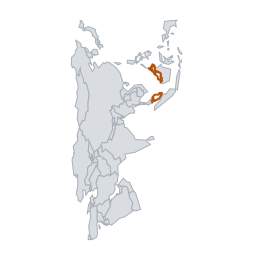 location of Malaysia within Asia, rotated 267°
{"feature_id": "MYS", "entity_name": "Malaysia", "entity_type": "country or territory", "adm_level": 0, "iso_a3": "MYS", "parent_name": "Asia", "parent_adm1": "", "projection": "albers", "projection_center": [110.864, 4.107], "detail": "fine", "context": "in_parent", "style": "outline", "palette": "amber", "viewbox_px": 256, "rotation_deg": 267, "n_neighbors": 45, "source": "natural_earth", "source_scale": "50m", "svg_char_len": 16507}
<svg xmlns="http://www.w3.org/2000/svg" viewBox="0 0 256 256"><g transform="rotate(267 128 128)"><path d="M131.2,79.6L128.2,80.5L127.1,82.5L123.5,81.9L122.1,84.4L117.5,85.1L119.0,87.7L117.9,88.9L106.8,87.0L105.4,88.1L101.2,87.6L96.4,90.4L92.9,89.5L91.9,86.7L89.8,85.5L84.5,85.5L78.2,82.1L73.4,82.6L73.1,88.0L69.8,86.3L66.8,86.9L66.9,85.4L63.1,82.4L68.2,81.9L68.4,79.6L61.1,79.7L56.5,76.6L58.7,74.0L60.5,74.9L64.7,72.9L73.6,74.9L83.8,75.3L84.3,74.8L81.4,73.7L84.7,72.6L83.4,71.7L84.3,71.4L98.2,70.5L101.5,70.9L102.0,72.2L106.2,72.5L106.0,73.2L112.4,72.2L117.9,77.0L124.0,76.9L131.2,79.6Z" fill="#d9dde1" stroke="#a8b0b8" stroke-width="1"/><path d="M73.1,88.0L73.4,82.6L78.2,82.1L84.5,85.5L89.8,85.5L91.9,86.7L92.9,89.5L95.7,90.4L100.8,88.2L99.7,89.3L104.5,90.5L102.1,91.5L99.9,91.3L100.1,90.2L97.6,90.4L96.1,92.2L94.6,92.0L95.7,94.3L94.6,95.9L78.2,86.2L75.2,88.2L73.1,88.0Z" fill="#d9dde1" stroke="#a8b0b8" stroke-width="1"/><path d="M232.6,170.1L233.1,182.5L231.3,181.0L226.4,181.4L228.3,179.2L226.8,175.6L218.4,172.3L217.1,173.5L215.1,171.1L218.4,169.8L215.5,169.9L212.2,167.5L218.9,167.0L219.8,170.8L221.9,171.9L225.6,168.6L232.6,170.1ZM201.7,182.9L200.7,185.3L198.8,185.5L199.8,183.7L201.7,182.9ZM219.6,178.7L219.4,177.3L220.1,175.9L220.6,177.4L219.6,178.7ZM187.6,158.1L186.5,159.9L189.8,164.4L187.5,164.6L184.4,173.8L172.9,171.8L170.4,165.4L171.8,162.3L173.4,164.7L179.8,163.8L181.4,163.4L183.7,157.8L187.6,158.1ZM207.2,172.3L212.2,171.7L212.9,173.1L207.2,172.3ZM205.2,173.1L203.9,172.8L203.5,172.0L205.4,171.9L205.2,173.1ZM207.0,161.6L208.5,163.6L207.5,167.6L206.0,163.9L207.0,161.6ZM193.5,163.5L201.9,163.2L198.9,165.5L192.1,165.6L191.9,167.1L193.6,168.8L198.2,167.2L194.7,169.7L198.0,176.2L196.2,176.2L197.2,174.6L194.8,174.8L193.7,171.1L192.4,171.7L192.7,176.7L191.5,177.0L189.4,171.5L191.4,165.8L193.5,163.5ZM193.5,185.1L190.0,184.3L191.8,183.9L193.5,185.1ZM191.8,182.9L195.9,182.2L197.6,181.5L197.3,182.5L191.8,182.9ZM187.8,181.6L190.3,182.7L185.6,183.4L187.8,181.6ZM164.7,177.4L177.5,179.5L183.6,182.1L181.3,182.9L163.4,179.3L164.7,177.4ZM159.7,167.5L164.9,172.0L164.3,177.4L162.1,177.4L158.0,174.2L144.2,155.3L148.4,155.8L154.4,162.0L158.0,163.4L160.5,165.9L159.7,167.5Z" fill="#d9dde1" stroke="#a8b0b8" stroke-width="1"/><path d="M201.9,183.8L203.6,182.0L206.3,181.9L201.9,183.8Z" fill="#d9dde1" stroke="#a8b0b8" stroke-width="1"/><path d="M35.0,97.9L33.2,100.1L32.7,104.1L31.8,101.1L33.6,98.1L35.0,97.9Z" fill="#d9dde1" stroke="#a8b0b8" stroke-width="1"/><path d="M36.6,96.5L33.7,98.0L36.3,95.8L36.6,96.5Z" fill="#d9dde1" stroke="#a8b0b8" stroke-width="1"/><path d="M34.3,99.3L33.0,100.9L33.7,99.0L34.3,99.3Z" fill="#d9dde1" stroke="#a8b0b8" stroke-width="1"/><path d="M34.3,99.3L40.5,98.2L41.1,100.3L36.9,101.0L38.6,102.9L34.8,104.8L32.7,104.1L34.3,99.3Z" fill="#d9dde1" stroke="#a8b0b8" stroke-width="1"/><path d="M63.0,116.0L67.5,116.6L71.9,114.0L69.2,119.7L63.6,118.4L63.0,116.0Z" fill="#d9dde1" stroke="#a8b0b8" stroke-width="1"/><path d="M61.6,115.0L61.6,113.7L62.7,112.7L63.2,114.3L61.6,115.0Z" fill="#d9dde1" stroke="#a8b0b8" stroke-width="1"/><path d="M55.8,105.2L57.7,107.9L54.3,106.7L55.8,105.2Z" fill="#d9dde1" stroke="#a8b0b8" stroke-width="1"/><path d="M41.1,100.3L40.5,98.2L44.7,96.8L45.5,93.7L48.4,92.3L52.1,92.9L54.3,95.6L52.8,98.3L56.2,101.1L58.1,105.6L50.8,106.3L41.1,100.3Z" fill="#d9dde1" stroke="#a8b0b8" stroke-width="1"/><path d="M69.6,119.3L72.1,115.5L78.1,120.6L74.2,124.2L73.8,126.6L64.8,130.3L63.0,125.7L68.8,124.3L70.3,120.7L69.6,119.3ZM72.4,113.0L71.6,113.4L72.2,112.8L72.4,113.0Z" fill="#d9dde1" stroke="#a8b0b8" stroke-width="1"/><path d="M158.3,142.6L159.1,138.7L164.9,139.4L165.8,138.1L167.9,140.1L167.7,142.4L164.5,143.9L165.3,145.0L160.0,145.6L158.3,142.6Z" fill="#d9dde1" stroke="#a8b0b8" stroke-width="1"/><path d="M163.4,138.7L159.1,138.7L158.3,142.6L153.6,140.2L151.9,148.2L157.4,154.1L155.5,155.1L149.8,149.9L152.6,143.1L150.1,136.9L151.4,134.9L148.6,130.6L150.3,128.3L153.8,127.0L156.0,128.8L155.6,132.5L159.6,131.0L162.5,132.7L164.1,136.2L163.4,138.7Z" fill="#d9dde1" stroke="#a8b0b8" stroke-width="1"/><path d="M167.5,138.8L163.4,138.7L164.1,136.2L161.0,131.2L155.6,132.5L156.0,128.8L153.8,127.0L157.0,125.7L156.8,123.6L159.7,126.5L162.0,126.5L162.7,128.1L161.0,129.3L167.4,135.6L167.5,138.8Z" fill="#d9dde1" stroke="#a8b0b8" stroke-width="1"/><path d="M153.8,127.0L150.3,128.3L148.6,130.6L151.4,134.9L150.1,136.9L152.6,143.1L150.6,146.8L150.6,140.7L148.2,133.5L144.7,135.7L142.5,135.0L142.8,131.0L139.2,124.8L144.7,115.7L148.4,114.9L148.8,112.8L151.3,114.2L149.2,120.6L151.2,120.3L152.8,122.4L152.2,123.9L155.8,124.4L153.8,127.0Z" fill="#d9dde1" stroke="#a8b0b8" stroke-width="1"/><path d="M161.6,145.9L165.3,145.0L164.5,143.9L167.7,142.4L167.8,136.9L161.0,129.3L162.7,128.1L162.0,126.5L159.7,126.5L157.8,123.3L163.7,121.8L168.8,125.1L164.3,129.7L170.3,136.8L170.9,143.7L163.2,149.5L161.6,145.9Z" fill="#d9dde1" stroke="#a8b0b8" stroke-width="1"/><path d="M210.5,89.4L208.8,91.8L204.8,93.6L206.1,95.7L199.7,96.3L200.9,94.2L198.8,93.4L200.3,92.4L203.5,90.4L206.0,90.9L205.7,90.1L209.2,88.6L210.5,89.4Z" fill="#d9dde1" stroke="#a8b0b8" stroke-width="1"/><path d="M202.4,96.8L206.4,95.3L208.5,98.2L207.9,101.0L203.1,102.2L202.3,98.4L203.7,98.1L202.4,96.8Z" fill="#d9dde1" stroke="#a8b0b8" stroke-width="1"/><path d="M131.9,79.5L140.1,77.7L149.3,79.3L152.2,76.4L161.0,79.0L166.8,78.8L169.7,80.1L173.7,80.3L180.5,78.8L184.7,79.3L183.0,82.2L187.3,81.7L190.4,83.1L178.9,86.3L176.0,85.9L175.0,86.8L175.9,87.9L173.3,89.2L163.2,91.0L155.7,89.4L147.4,89.1L145.6,86.9L137.6,85.2L137.7,82.9L131.9,79.5Z" fill="#d9dde1" stroke="#a8b0b8" stroke-width="1"/><path d="M148.8,112.8L148.4,114.9L144.7,115.7L139.9,123.8L139.0,120.9L138.1,122.0L137.1,121.1L139.4,118.4L134.9,117.8L132.4,115.6L131.7,116.8L133.0,117.8L131.4,119.1L132.5,119.6L132.7,124.3L129.1,124.5L128.2,127.0L119.8,133.4L116.2,134.5L114.9,145.1L110.3,149.5L103.4,133.8L102.1,123.7L98.0,124.4L94.0,119.0L99.4,118.1L96.8,113.3L99.0,111.6L101.1,111.8L107.9,104.6L105.3,101.0L111.1,100.7L113.0,99.4L114.9,101.5L114.4,106.2L118.7,108.6L116.7,111.0L122.6,113.7L131.4,115.7L132.8,112.7L132.9,114.5L134.6,115.2L138.9,115.1L138.3,113.4L146.6,110.7L146.8,112.5L148.8,112.8Z" fill="#d9dde1" stroke="#a8b0b8" stroke-width="1"/><path d="M139.0,120.9L139.3,126.3L137.6,122.4L135.8,122.3L135.4,124.1L133.0,123.6L131.4,119.1L133.0,117.8L131.7,116.8L132.4,115.6L134.9,117.8L139.4,118.4L137.1,121.1L138.1,122.0L139.0,120.9Z" fill="#d9dde1" stroke="#a8b0b8" stroke-width="1"/><path d="M138.3,113.4L138.9,115.1L132.9,114.5L135.2,112.4L138.3,113.4Z" fill="#d9dde1" stroke="#a8b0b8" stroke-width="1"/><path d="M131.6,113.1L131.4,115.7L129.9,115.6L116.7,111.0L119.5,108.2L127.3,112.4L131.6,113.1Z" fill="#d9dde1" stroke="#a8b0b8" stroke-width="1"/><path d="M113.0,99.4L111.1,100.7L105.3,101.0L107.9,104.6L101.1,111.8L99.0,111.6L96.8,113.3L99.4,118.1L94.0,119.0L90.8,115.7L81.6,115.8L82.5,113.8L85.2,113.0L81.0,107.4L84.1,108.4L91.2,107.9L92.4,105.5L96.9,104.7L102.0,97.3L108.1,96.6L109.9,98.7L113.0,99.4Z" fill="#d9dde1" stroke="#a8b0b8" stroke-width="1"/><path d="M88.9,95.6L97.1,96.0L100.2,94.0L102.0,96.9L104.6,95.8L108.1,96.6L100.8,97.9L101.4,99.5L100.0,101.3L98.2,101.2L98.9,102.3L96.9,104.7L92.4,105.5L91.2,107.9L84.1,108.4L81.0,107.4L82.8,105.9L80.7,101.9L82.2,97.6L85.5,98.2L88.9,95.6Z" fill="#d9dde1" stroke="#a8b0b8" stroke-width="1"/><path d="M94.6,95.9L95.7,94.3L94.6,92.0L100.1,90.2L100.7,91.3L97.8,92.3L105.5,92.8L107.8,96.1L102.0,96.9L100.2,94.0L97.1,96.0L94.6,95.9Z" fill="#d9dde1" stroke="#a8b0b8" stroke-width="1"/><path d="M100.8,88.2L105.4,88.1L106.8,87.0L117.9,88.9L105.5,92.8L97.8,92.3L98.0,91.4L104.5,90.5L99.7,89.3L100.8,88.2Z" fill="#d9dde1" stroke="#a8b0b8" stroke-width="1"/><path d="M66.8,86.9L69.8,86.3L72.2,88.1L75.2,88.2L78.2,86.2L92.3,94.4L92.2,95.4L90.8,94.8L84.1,98.3L82.2,97.6L82.1,96.2L75.3,93.3L68.9,94.2L69.1,91.4L67.0,89.6L67.5,88.3L70.8,88.4L69.1,86.5L67.3,87.9L66.8,86.9Z" fill="#d9dde1" stroke="#a8b0b8" stroke-width="1"/><path d="M58.1,105.6L56.2,101.1L52.8,98.3L54.3,95.6L51.2,91.6L51.1,89.3L54.8,90.7L58.4,89.6L60.3,92.9L63.2,94.3L68.7,94.6L74.0,93.1L82.1,96.2L80.7,101.9L82.8,105.9L81.0,107.4L85.2,113.0L82.5,113.8L81.6,115.8L74.0,114.1L73.4,111.9L66.9,111.7L63.3,109.6L61.0,105.4L58.1,105.6Z" fill="#d9dde1" stroke="#a8b0b8" stroke-width="1"/><path d="M34.7,98.8L36.6,96.5L35.5,94.3L37.2,92.2L47.6,92.5L45.5,93.7L44.7,96.8L36.7,99.6L34.7,98.8Z" fill="#d9dde1" stroke="#a8b0b8" stroke-width="1"/><path d="M55.5,90.7L50.4,87.9L50.4,86.6L54.0,87.4L55.5,90.7Z" fill="#d9dde1" stroke="#a8b0b8" stroke-width="1"/><path d="M52.1,92.9L37.2,92.2L36.0,93.7L36.1,92.4L33.5,91.9L24.2,92.0L20.5,90.8L18.2,86.1L24.1,84.0L32.1,83.6L40.8,86.0L48.7,85.7L52.4,88.9L51.1,89.3L52.1,92.9ZM18.5,82.5L22.0,82.6L23.7,83.8L18.7,85.1L18.5,82.5Z" fill="#d9dde1" stroke="#a8b0b8" stroke-width="1"/><path d="M118.4,150.6L118.1,152.6L115.5,153.5L114.5,149.2L115.4,146.1L118.4,150.6Z" fill="#d9dde1" stroke="#a8b0b8" stroke-width="1"/><path d="M171.5,131.3L169.9,129.1L174.0,127.8L173.1,130.4L171.5,131.3ZM105.5,92.8L119.0,87.7L117.5,85.1L122.1,84.4L123.5,81.9L127.1,82.5L128.2,80.5L131.9,79.5L137.7,82.9L137.6,85.2L145.6,86.9L147.4,89.1L155.7,89.4L163.2,91.0L171.1,89.7L175.9,87.9L175.0,86.8L176.0,85.9L178.9,86.3L186.1,83.6L190.2,83.6L187.3,81.7L182.6,81.6L184.7,79.3L189.5,78.9L192.1,76.5L191.1,75.6L194.8,74.7L201.6,75.4L204.8,79.2L207.9,79.5L210.9,81.7L218.3,80.5L214.9,85.3L211.1,85.6L210.5,89.4L209.2,88.6L205.7,90.1L206.0,90.9L203.5,90.4L198.8,93.4L192.9,95.1L194.9,92.7L193.9,91.9L186.4,95.4L190.4,97.9L192.5,96.7L195.3,97.4L195.7,98.2L189.5,101.6L194.6,106.9L193.5,108.7L195.0,110.1L194.3,112.9L188.7,119.5L183.6,122.8L174.0,125.4L173.3,127.3L172.3,127.4L172.2,125.4L166.9,124.6L166.3,122.8L163.7,121.8L156.8,123.6L157.0,125.7L152.2,123.9L152.8,122.4L151.2,120.3L149.2,120.6L151.3,114.2L149.9,112.7L146.8,112.5L146.6,110.7L139.8,113.2L135.2,112.4L132.9,114.1L132.8,112.7L127.3,112.4L114.4,106.2L114.9,101.5L109.9,98.7L105.5,92.8Z" fill="#d9dde1" stroke="#a8b0b8" stroke-width="1"/><path d="M194.0,118.1L193.5,122.7L192.7,124.2L191.5,121.3L194.0,118.1Z" fill="#d9dde1" stroke="#a8b0b8" stroke-width="1"/><path d="M55.7,85.9L58.2,87.2L59.7,86.3L62.8,88.9L61.3,88.9L59.8,91.7L58.4,89.6L55.5,90.7L54.0,88.8L53.0,86.6L55.7,87.1L55.7,85.9ZM54.8,90.7L53.6,90.3L52.4,88.9L54.1,89.5L54.8,90.7Z" fill="#d9dde1" stroke="#a8b0b8" stroke-width="1"/><path d="M44.0,82.6L54.0,84.8L56.0,87.0L46.7,85.6L46.7,84.0L44.0,82.6Z" fill="#d9dde1" stroke="#a8b0b8" stroke-width="1"/><path d="M193.9,142.5L192.1,140.1L194.4,140.9L193.9,142.5ZM197.3,148.6L197.2,145.0L197.9,146.2L199.3,144.3L197.3,148.6ZM201.9,147.1L204.1,152.0L203.5,153.8L202.8,151.8L201.9,152.8L202.0,155.2L199.7,154.1L198.5,150.9L195.3,152.1L198.2,149.2L202.0,148.6L201.9,147.1ZM190.9,145.7L186.2,150.0L190.6,144.2L190.9,145.7ZM195.8,131.1L194.7,138.5L199.0,139.5L199.3,141.8L197.0,139.9L192.7,139.4L193.3,138.1L191.3,136.5L192.7,130.6L195.8,131.1ZM195.4,145.9L195.1,143.1L197.5,143.7L195.4,145.9ZM202.0,142.5L202.6,144.6L201.1,144.1L200.7,146.4L199.6,141.8L202.0,142.5Z" fill="#d9dde1" stroke="#a8b0b8" stroke-width="1"/><path d="M182.9,155.6L182.7,157.8L181.4,158.4L180.5,157.4L182.9,155.6Z" fill="#d9dde1" stroke="#a8b0b8" stroke-width="1"/><path d="M231.3,93.7L228.5,100.3L222.9,101.4L220.4,103.3L219.0,101.5L211.4,102.9L213.3,104.1L212.2,107.0L210.1,107.1L210.5,105.5L208.5,103.9L214.4,100.3L220.0,99.9L221.9,97.0L223.1,97.7L226.8,95.4L228.3,90.7L230.2,90.3L231.3,93.7ZM236.0,86.2L237.3,85.6L237.8,87.2L233.5,89.3L230.6,88.4L229.7,90.0L227.6,90.1L227.3,88.7L230.1,87.3L231.1,84.2L236.0,86.2ZM214.0,103.5L216.8,101.9L218.4,102.8L215.2,104.8L214.0,103.5Z" fill="#d9dde1" stroke="#a8b0b8" stroke-width="1"/><path d="M63.0,125.7L64.8,130.3L62.9,132.1L46.0,136.4L44.8,131.4L46.6,127.1L53.3,128.8L57.6,126.0L63.0,125.7Z" fill="#d9dde1" stroke="#a8b0b8" stroke-width="1"/><path d="M32.8,104.4L37.6,103.7L38.6,102.9L36.9,101.0L41.1,100.3L50.8,106.3L55.9,107.0L60.6,111.5L63.6,118.4L69.6,119.3L70.3,120.7L68.8,124.3L57.6,126.0L53.3,128.8L46.6,127.1L45.3,129.3L39.2,119.5L38.4,115.0L31.9,106.6L32.8,104.4Z" fill="#d9dde1" stroke="#a8b0b8" stroke-width="1"/><path d="M33.1,93.7L29.9,95.2L28.7,94.2L33.1,93.7Z" fill="#d9dde1" stroke="#a8b0b8" stroke-width="1"/><path d="M187.0,158.1L186.9,158.1L186.4,157.8L186.1,157.8L185.6,157.8L185.3,157.7L185.2,157.8L185.0,157.7L184.8,157.8L184.7,157.8L184.6,157.7L184.4,157.7L184.2,157.7L184.0,157.9L183.8,157.8L183.7,157.8L183.4,158.1L183.3,158.3L183.2,158.5L183.1,158.9L183.1,159.1L183.2,159.4L183.2,159.5L183.0,160.0L182.9,160.3L182.7,160.4L182.4,160.4L182.3,160.6L182.2,160.7L182.2,160.8L182.3,160.8L182.2,160.9L182.2,161.1L182.3,161.1L182.4,161.3L182.2,161.4L182.0,161.6L181.8,161.8L181.7,161.8L181.6,162.0L181.7,162.3L181.8,162.3L181.7,162.5L181.4,162.9L181.4,163.0L181.2,163.3L180.9,163.3L180.7,163.3L180.4,163.4L180.2,163.4L179.8,163.5L179.7,163.6L179.4,163.8L179.2,163.6L178.9,163.6L178.4,163.4L178.2,163.4L178.2,163.2L177.2,163.2L177.0,163.3L176.8,163.3L176.7,163.4L176.6,163.6L176.5,163.8L176.4,164.0L176.1,164.0L175.9,164.2L175.9,164.3L175.7,164.2L175.4,164.3L174.9,164.2L174.6,164.2L174.2,164.2L173.6,164.5L173.4,164.5L173.2,164.4L172.7,163.9L172.4,163.7L172.2,163.5L172.1,163.4L171.9,163.2L171.7,162.7L171.7,162.3L171.8,162.5L172.2,162.8L172.4,162.9L172.7,162.9L172.9,162.9L173.0,162.9L173.7,163.2L173.9,163.2L174.2,163.2L174.2,163.3L174.6,163.5L174.8,163.5L174.5,163.3L174.4,163.2L174.5,163.0L174.6,162.9L174.7,162.5L174.7,162.3L174.8,162.2L174.8,161.9L174.7,161.7L174.8,161.6L175.0,161.6L175.2,161.4L175.2,161.1L175.4,160.9L175.6,160.7L175.8,160.7L176.5,160.6L177.7,160.2L178.1,160.1L178.3,160.0L178.5,159.7L178.8,159.3L179.1,159.0L179.6,158.4L180.0,158.0L180.0,157.9L180.1,157.6L180.1,157.4L180.3,157.3L180.5,157.4L180.6,157.5L180.7,157.8L180.8,157.9L181.0,158.0L181.2,158.3L181.3,158.4L181.5,158.3L181.6,158.1L181.7,157.9L181.7,157.7L181.6,157.2L181.8,156.9L182.1,156.7L182.1,157.1L182.2,157.3L182.3,157.7L182.5,157.8L182.7,157.7L182.6,157.2L182.4,156.8L182.3,156.7L182.8,156.6L183.0,156.4L183.2,156.1L182.9,156.0L182.9,155.9L182.9,155.7L183.1,155.4L183.4,155.5L183.5,155.5L183.7,155.3L183.8,155.1L184.1,154.8L184.2,154.6L184.2,154.3L184.9,153.6L185.0,153.4L185.4,152.7L185.5,152.7L185.6,153.0L185.5,153.4L185.9,153.0L186.0,152.8L186.1,152.7L186.3,152.7L186.3,152.8L186.4,153.0L186.6,153.4L186.8,153.4L187.0,153.6L187.2,153.9L187.2,154.0L187.1,154.4L187.1,154.5L186.8,154.8L187.4,154.7L187.6,154.6L187.8,154.4L187.9,154.6L188.0,154.8L187.9,154.9L187.7,154.9L187.7,155.0L187.8,155.1L188.1,155.0L188.3,154.9L188.5,154.9L188.7,155.0L188.8,155.0L188.9,155.3L189.2,155.4L189.6,155.6L189.8,155.6L190.1,155.6L190.2,155.8L190.2,156.0L190.0,156.3L189.6,156.4L189.1,156.5L188.9,156.5L188.5,156.4L188.4,156.4L188.3,156.5L188.2,156.8L188.4,157.1L188.9,157.4L189.0,157.5L188.9,157.7L188.5,157.7L188.3,157.8L188.1,157.8L187.8,157.9L187.6,157.9L187.3,157.7L187.2,157.7L187.2,157.8L187.1,158.0L187.0,158.1ZM153.5,153.6L153.6,153.2L153.8,153.1L153.9,153.4L154.3,153.6L154.5,153.6L154.8,153.7L154.8,153.8L154.9,154.0L155.2,154.0L155.3,154.0L155.3,154.4L155.3,154.6L155.2,154.8L155.2,155.0L155.3,155.1L155.5,155.1L155.7,154.9L155.9,154.8L156.2,154.7L156.3,154.7L156.4,154.9L156.5,154.9L156.8,154.8L156.9,154.7L157.0,154.5L157.2,154.3L157.2,154.1L157.3,154.0L157.6,154.1L158.1,154.8L158.6,155.2L158.8,155.4L159.0,155.4L159.2,155.7L159.4,156.0L159.8,156.7L159.9,157.1L159.9,157.6L159.8,158.4L159.7,158.8L159.7,159.0L159.8,159.3L159.8,159.6L159.8,159.8L159.8,160.5L160.0,160.8L160.5,161.1L160.5,161.3L160.8,161.8L161.3,162.8L161.4,163.3L161.2,163.5L161.1,163.4L161.0,163.2L160.9,163.1L160.8,163.3L160.7,163.3L160.3,163.3L160.0,163.5L159.8,163.5L159.7,163.4L159.7,163.2L158.7,162.6L158.4,162.5L158.1,162.2L157.3,161.7L156.8,161.4L156.6,161.1L156.1,160.9L155.9,160.6L155.7,160.5L155.8,160.3L155.7,160.0L155.7,159.8L155.3,159.4L155.2,159.1L154.8,158.8L154.7,158.6L154.6,158.4L154.7,158.1L154.5,157.9L154.4,157.6L154.4,157.1L154.1,156.3L153.9,155.3L154.0,154.9L153.9,154.5L153.8,154.1L153.6,153.8L153.5,153.6ZM186.1,152.3L186.0,152.1L186.4,151.9L186.4,152.1L186.3,152.3L186.1,152.3ZM153.0,153.6L153.1,153.8L152.9,153.8L152.7,153.8L152.6,153.7L152.8,153.7L153.0,153.6ZM175.1,161.5L174.9,160.9L175.0,160.8L175.1,161.0L175.1,161.4L175.1,161.5ZM153.8,155.8L153.7,155.9L153.6,155.5L153.8,155.5L153.8,155.8ZM187.6,158.0L187.3,158.1L187.2,158.1L187.2,157.9L187.3,157.9L187.6,158.0ZM161.3,160.9L161.2,160.9L161.2,160.6L161.3,160.8L161.3,160.9ZM155.7,160.3L155.6,160.2L155.7,160.3Z" fill="none" stroke="#b45309" stroke-width="2"/></g></svg>